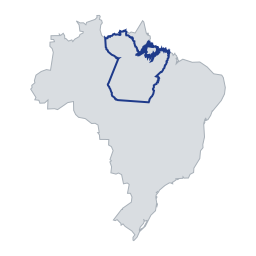 Pará on a map of Brazil (Natural Earth projection)
{"feature_id": "BRA-594", "entity_name": "Pará", "entity_type": "State", "adm_level": 1, "iso_a3": "BRA", "parent_name": "Brazil", "parent_adm1": "", "projection": "natural_earth1", "projection_center": [-50.886, -3.617], "detail": "fine", "context": "in_parent", "style": "outline", "palette": "blue", "viewbox_px": 256, "rotation_deg": 0, "n_neighbors": 0, "source": "natural_earth", "source_scale": "10m", "svg_char_len": 9001}
<svg xmlns="http://www.w3.org/2000/svg" viewBox="0 0 256 256"><path d="M65.8,38.5L68.5,41.1L71.8,39.9L72.8,41.6L74.7,39.2L79.1,36.7L80.1,34.4L83.0,33.1L83.2,31.6L79.9,31.1L79.1,24.9L76.3,20.9L80.1,22.9L83.5,22.8L85.9,24.8L86.6,22.4L95.1,19.4L97.0,17.4L96.9,15.5L99.4,15.4L100.2,16.3L99.4,19.4L101.6,20.3L102.3,22.9L100.8,24.9L100.1,30.0L101.7,35.5L105.7,38.6L107.5,38.1L108.3,36.4L109.9,36.8L114.4,33.9L120.2,34.8L119.3,32.5L120.2,31.0L121.3,31.7L125.1,30.6L129.3,33.3L131.1,32.0L135.1,33.0L142.6,20.7L143.8,22.0L146.3,33.2L147.6,35.0L150.1,36.0L150.4,38.8L146.1,44.3L143.5,46.0L140.0,53.4L136.6,54.5L140.2,54.7L145.4,50.9L146.4,55.7L147.9,57.2L153.3,55.5L151.7,60.8L153.8,56.6L156.3,54.1L157.5,54.8L158.1,54.1L157.6,52.1L159.3,49.8L163.5,49.3L172.5,53.4L173.1,55.4L174.4,54.0L176.5,55.6L177.1,57.4L176.0,58.6L176.4,59.2L177.6,58.0L177.8,59.2L176.8,60.4L176.1,64.0L177.6,62.5L178.6,59.8L178.8,61.7L182.8,59.2L192.3,62.3L199.8,62.0L207.2,67.0L213.7,73.8L221.7,75.1L223.3,77.6L225.3,87.5L224.5,94.0L221.3,100.5L212.4,111.3L212.4,110.4L210.7,115.3L208.0,119.6L206.7,120.2L205.7,118.3L204.9,119.3L203.7,123.9L204.5,137.0L202.8,144.6L203.0,147.7L200.5,150.8L199.8,158.5L193.9,168.1L193.6,172.5L190.1,174.3L188.4,178.0L184.0,178.1L183.0,176.7L182.7,178.3L175.8,178.7L176.1,179.9L171.7,183.0L169.3,182.9L164.9,185.5L159.5,190.1L158.4,192.3L157.5,191.5L157.1,192.5L155.9,192.1L157.5,193.4L156.2,194.8L155.8,197.3L156.7,202.7L155.5,210.7L150.9,215.2L145.3,226.2L140.0,231.2L139.9,229.6L143.6,227.5L146.9,221.5L147.0,220.4L144.8,221.1L143.5,219.1L144.2,221.0L143.6,223.3L140.3,227.0L139.3,229.9L139.6,231.5L137.1,237.1L133.8,240.6L133.0,240.1L133.0,237.3L134.9,234.8L131.8,230.9L125.1,226.4L123.0,223.9L121.1,225.2L120.9,223.4L117.1,219.6L115.3,220.6L113.4,220.0L121.5,209.5L122.5,209.5L122.3,208.5L131.3,202.2L132.0,197.0L130.4,193.3L127.5,193.3L129.2,184.4L127.3,183.0L123.5,183.8L121.6,174.6L118.4,173.0L116.0,174.1L110.9,172.8L111.6,166.7L109.9,161.9L111.4,160.8L110.0,159.5L113.1,150.6L111.4,146.6L108.6,145.0L108.8,139.5L99.8,139.4L99.4,134.8L97.7,132.6L99.2,132.5L98.0,125.0L95.1,123.3L91.6,123.5L85.3,118.6L78.6,117.3L75.7,114.6L73.7,110.4L73.5,101.5L67.7,102.6L57.6,109.6L54.6,108.7L47.6,109.0L48.0,99.9L44.6,103.0L39.9,103.2L38.9,100.3L34.8,99.8L35.9,97.4L30.7,89.1L32.0,87.7L31.8,85.3L34.9,82.8L34.4,80.7L36.0,75.1L41.2,71.5L46.4,69.6L50.5,70.3L53.3,52.4L52.1,48.5L49.9,46.3L50.0,42.2L54.5,41.7L53.7,39.5L51.0,39.4L51.0,35.7L59.4,35.6L59.3,34.1L60.6,35.5L63.2,33.3L64.6,35.7L64.8,38.7L65.8,38.5ZM148.6,46.2L157.9,47.3L155.7,53.5L154.0,53.7L153.7,54.8L152.3,54.2L150.8,55.9L147.3,55.8L146.1,52.7L147.0,51.9L145.9,50.8L146.7,47.1L148.6,46.2ZM140.8,53.8L142.2,49.3L143.6,48.7L143.5,51.4L140.8,53.8ZM151.2,44.0L150.3,45.7L148.2,45.3L148.5,44.2L151.2,44.0ZM148.0,42.1L147.7,45.6L146.8,45.2L148.0,42.1ZM152.6,46.2L151.3,46.4L150.7,46.1L152.3,45.1L152.6,46.2ZM146.6,46.3L145.3,47.4L144.7,46.8L145.7,45.8L146.6,46.3ZM149.1,43.3L148.5,42.6L149.6,41.9L149.7,42.5L149.1,43.3ZM148.4,34.4L147.6,34.5L147.4,33.3L148.2,33.2L148.4,34.4ZM157.0,206.0L156.7,204.9L157.3,203.8L157.5,204.1L157.0,206.0ZM172.5,182.5L172.7,183.8L171.8,183.5L172.5,182.5ZM156.5,198.1L156.2,197.4L156.8,196.7L157.0,197.0L156.5,198.1ZM177.3,61.7L176.8,63.0L177.3,61.2L177.3,61.7ZM206.2,120.4L205.2,120.8L205.8,119.8L206.2,120.4ZM178.3,179.2L177.3,179.6L177.1,179.3L177.7,178.8L178.3,179.2ZM204.6,122.8L204.3,123.5L204.0,123.1L204.6,122.8ZM174.9,52.8L174.9,53.6L174.7,53.4L174.9,52.8Z" fill="#d9dde1" stroke="#a8b0b8" stroke-width="1"/><path d="M114.5,33.9L114.8,34.4L115.6,34.7L117.6,34.4L119.9,35.0L120.4,34.7L120.4,33.7L119.6,32.6L119.3,32.5L119.9,31.7L120.1,31.0L121.4,31.7L123.0,31.5L123.4,31.0L123.7,31.2L124.3,30.8L124.4,31.0L125.2,30.5L125.1,30.9L125.6,31.4L126.3,31.6L126.4,32.5L126.0,33.9L126.3,35.3L128.2,35.4L129.4,36.3L129.6,36.9L130.0,36.8L130.7,37.6L131.6,37.3L131.7,37.7L132.2,37.7L132.2,38.4L132.8,38.3L132.9,38.7L132.6,39.0L132.9,40.1L133.5,41.0L134.4,41.3L134.3,43.2L134.7,44.1L134.9,45.3L135.4,46.6L135.9,46.6L136.8,47.8L136.8,48.7L137.3,49.3L137.3,50.6L138.0,50.7L138.1,51.7L138.6,52.1L139.3,52.2L139.6,52.6L140.0,52.1L140.4,52.2L140.3,53.2L139.9,53.6L138.7,53.3L136.4,54.5L136.4,54.8L138.5,54.3L138.8,54.8L138.6,55.3L138.9,55.3L139.2,54.9L140.1,54.7L141.6,53.6L142.6,53.2L142.9,52.7L143.5,52.6L144.9,51.4L144.9,50.9L145.2,51.1L145.2,50.8L145.7,50.8L145.8,51.6L145.1,52.0L145.8,52.6L145.8,53.8L146.6,55.6L146.2,55.6L146.3,56.0L146.0,56.5L145.5,56.2L145.7,56.8L146.4,56.5L146.6,55.9L146.8,56.0L147.6,56.6L147.5,56.9L147.7,56.7L147.8,57.5L148.3,56.5L149.1,56.6L149.3,56.2L150.0,56.1L150.5,56.4L150.4,57.6L150.6,57.3L150.8,57.7L150.6,56.5L150.7,56.8L150.8,56.5L151.5,56.5L151.9,57.1L151.6,56.5L151.9,56.2L152.2,56.3L152.4,55.7L152.5,55.9L152.8,55.8L152.6,56.1L152.7,56.4L153.0,56.5L153.0,57.0L152.1,59.4L152.1,60.0L151.5,61.0L152.2,60.7L153.7,56.8L155.0,54.8L155.6,54.5L154.7,56.2L155.2,55.8L156.6,53.5L157.7,55.1L157.4,54.2L158.2,54.0L157.4,54.0L157.4,52.9L157.7,52.6L157.7,53.0L158.2,53.1L158.3,52.4L158.6,52.4L158.4,52.0L158.7,52.0L158.4,51.6L158.9,51.4L159.1,50.7L159.1,50.0L159.6,49.4L160.0,50.0L160.5,49.4L160.8,49.5L160.8,48.8L161.0,49.2L161.2,49.3L161.2,49.9L161.8,49.5L161.9,48.9L162.3,49.9L162.9,50.2L162.9,49.8L162.6,49.6L162.5,49.8L162.5,49.0L162.8,49.0L162.7,49.4L162.8,49.5L163.4,49.0L163.5,49.4L163.6,49.1L163.8,49.3L163.6,49.7L164.0,49.5L163.8,49.9L164.1,50.1L164.4,49.4L164.5,50.5L165.0,49.6L165.2,50.3L165.0,50.5L165.7,49.6L165.9,50.7L166.0,50.3L166.2,50.6L166.1,51.0L166.3,50.6L166.4,50.3L166.6,50.5L166.5,50.2L166.8,50.5L166.7,50.9L166.1,51.2L166.1,51.4L167.7,50.5L167.4,50.8L167.4,51.6L168.0,51.4L168.0,51.7L168.2,51.4L168.2,51.9L168.3,51.5L168.6,51.8L168.4,51.5L168.5,50.9L168.9,50.8L168.5,52.4L169.1,52.0L169.1,52.3L169.3,51.7L169.5,52.2L169.0,53.0L169.2,53.3L168.8,54.1L168.8,55.2L168.2,55.6L168.3,55.9L168.7,55.9L168.7,56.9L168.3,58.1L167.7,58.5L167.6,60.1L166.5,61.2L166.9,62.0L166.6,62.2L166.3,63.7L165.7,64.7L165.1,65.1L165.0,65.9L164.7,66.1L164.4,67.9L163.3,69.0L163.0,70.0L161.9,71.7L161.5,72.1L160.8,72.0L156.1,76.4L157.1,76.7L157.9,76.6L158.3,77.3L158.8,77.5L159.1,78.1L158.3,78.7L158.7,79.7L158.2,80.0L158.4,80.7L157.7,81.0L157.9,82.2L157.3,82.1L156.8,82.6L156.5,83.9L154.8,84.6L153.8,85.4L153.9,87.3L152.9,89.0L153.1,89.8L154.0,90.5L153.3,93.8L152.0,96.3L151.1,97.0L149.6,99.2L149.1,101.4L148.7,102.3L117.8,100.1L116.7,99.6L116.2,99.7L115.9,99.0L114.9,98.7L114.7,97.7L112.2,95.9L111.7,94.2L111.9,92.9L111.2,91.8L110.2,88.9L109.3,87.6L109.2,86.8L108.0,85.4L107.8,84.3L108.6,83.0L118.1,59.3L118.0,58.8L118.5,58.4L117.6,58.5L117.5,58.0L116.5,58.2L116.2,58.0L116.3,57.3L115.1,56.7L114.6,56.0L111.7,54.7L108.5,52.0L108.0,51.5L107.8,50.4L106.4,49.3L106.4,48.1L105.8,47.4L105.2,38.0L105.9,38.7L106.6,38.2L107.5,38.2L107.6,37.9L107.5,37.3L108.1,37.0L108.4,36.3L109.9,36.8L110.1,36.0L112.2,35.7L113.3,34.2L113.8,34.3L114.5,33.9ZM158.0,47.6L157.4,49.8L157.0,49.5L157.2,50.6L156.5,51.3L156.6,51.8L155.8,52.5L155.2,52.1L155.6,52.5L155.5,52.8L155.9,52.8L155.7,53.7L155.1,53.0L154.9,53.0L155.1,53.1L154.9,53.5L155.1,53.3L155.7,53.9L154.5,54.4L153.9,53.5L153.9,54.6L153.7,54.6L154.0,54.7L153.7,54.9L153.1,54.6L152.9,54.1L152.8,54.4L153.1,55.0L152.6,55.0L152.4,54.2L152.2,54.2L152.3,54.7L152.1,55.5L151.4,55.7L151.1,54.6L151.2,55.6L151.0,56.0L149.9,55.6L149.7,55.1L149.1,55.8L148.8,55.6L148.7,54.9L148.5,54.7L148.6,54.1L148.4,54.7L148.7,55.0L148.6,55.6L148.3,55.1L148.5,55.7L148.0,55.8L148.4,55.9L147.9,56.1L146.9,55.8L146.9,55.2L145.9,53.8L145.9,51.8L147.1,52.4L146.8,52.0L147.5,51.5L146.6,51.8L146.1,51.8L145.9,51.4L146.2,48.7L146.5,49.2L147.1,49.4L146.5,49.1L146.4,47.6L147.0,46.6L147.8,46.5L148.0,46.2L151.6,46.9L152.9,47.0L152.9,46.6L153.8,46.4L155.0,46.6L155.4,46.4L155.4,46.8L157.7,47.0L158.0,47.6ZM143.4,48.5L144.1,49.3L143.5,51.4L143.2,51.4L142.7,52.4L141.2,53.7L140.3,54.0L140.5,52.8L141.5,51.9L141.5,50.4L142.2,49.2L143.2,48.6L143.0,49.3L143.1,48.9L143.4,49.0L143.4,48.5ZM149.7,43.8L150.6,43.8L151.6,43.3L152.2,43.5L152.2,43.8L151.4,44.4L150.5,45.6L149.9,45.8L149.4,45.4L148.2,45.3L148.0,44.3L149.3,44.3L149.7,43.8ZM145.3,47.4L144.7,46.7L145.2,45.6L146.1,45.3L146.6,45.7L146.7,46.1L146.5,46.4L145.3,47.4ZM150.7,46.1L151.2,45.5L152.4,45.0L153.1,45.6L152.5,46.3L151.3,46.4L150.7,46.1ZM148.3,43.2L148.6,42.2L149.3,42.2L149.2,42.0L149.5,41.8L149.7,42.6L148.6,43.5L148.3,43.2ZM148.3,43.8L147.8,44.6L147.3,44.3L147.8,43.1L147.7,42.4L148.0,42.0L148.3,43.8ZM145.7,48.8L145.7,49.7L144.4,50.3L144.6,49.4L145.7,48.8ZM146.7,45.1L146.8,44.5L147.4,44.6L147.7,45.5L147.1,45.6L146.7,45.1ZM144.1,46.4L144.3,46.4L144.1,47.3L142.9,48.2L144.1,46.4ZM158.9,50.3L159.1,50.5L158.8,51.4L158.3,51.4L158.3,51.0L158.9,50.3ZM153.4,55.7L153.0,56.5L152.7,56.3L153.1,55.5L153.4,55.7ZM158.1,51.7L158.4,52.0L158.2,52.5L157.5,52.2L157.7,51.8L158.1,51.7ZM161.5,48.9L161.6,49.5L161.3,49.6L161.3,49.2L161.0,48.9L161.2,48.7L161.5,48.9ZM152.2,55.2L152.7,55.3L152.3,55.6L152.2,55.2ZM159.9,49.4L160.4,49.4L160.0,49.8L159.9,49.4ZM149.4,43.8L149.1,44.0L148.8,44.1L149.3,43.6L149.4,43.8Z" fill="none" stroke="#1e3a8a" stroke-width="2"/></svg>